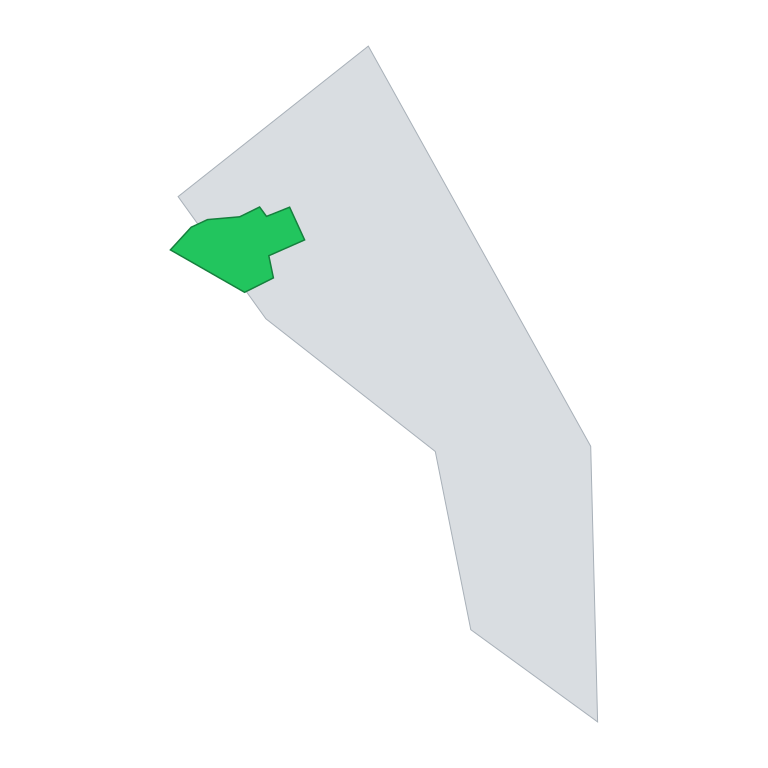 Seychelles, with Bel Ombre highlighted
{"feature_id": "SYC-5207", "entity_name": "Bel Ombre", "entity_type": "state/province", "adm_level": 1, "iso_a3": "SYC", "parent_name": "Seychelles", "parent_adm1": "", "projection": "robinson", "projection_center": [55.407, -4.627], "detail": "fine", "context": "in_parent", "style": "filled", "palette": "green", "viewbox_px": 768, "rotation_deg": 0, "n_neighbors": 0, "source": "natural_earth", "source_scale": "10m", "svg_char_len": 433}
<svg xmlns="http://www.w3.org/2000/svg" viewBox="0 0 768 768"><path d="M590.7,446.3L597.6,721.9L470.8,629.7L435.3,451.5L265.9,318.8L178.1,196.6L368.3,46.1L590.7,446.3Z" fill="#d9dde1" stroke="#a8b0b8" stroke-width="1"/><path d="M170.4,249.9L191.2,227.2L207.5,219.6L239.7,216.8L259.6,207.0L266.5,216.4L289.6,207.2L304.6,239.9L268.8,255.7L273.4,277.9L244.6,292.3L170.4,249.9Z" fill="#22c55e" stroke="#15803d" stroke-width="1.5"/></svg>